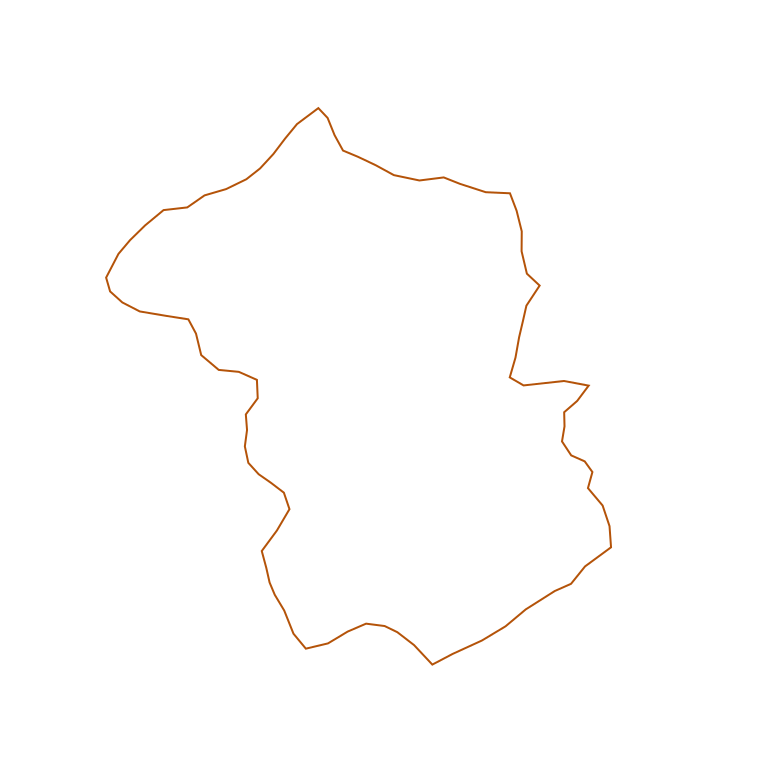 outline of Pingo d'Água, Minas Gerais, Brazil, rotated 59°
{"feature_id": "56859067B13072007558116", "entity_name": "Pingo d'Água", "entity_type": "district", "adm_level": 2, "iso_a3": "BRA", "parent_name": "Brazil", "parent_adm1": "Minas Gerais", "projection": "equal_earth", "projection_center": [-42.425, -19.742], "detail": "fine", "context": "isolated", "style": "outline", "palette": "amber", "viewbox_px": 768, "rotation_deg": 59, "n_neighbors": 0, "source": "geoboundaries", "source_scale": "gbopen_adm2", "svg_char_len": 1257}
<svg xmlns="http://www.w3.org/2000/svg" viewBox="0 0 768 768"><g transform="rotate(59 384 384)"><path d="M113.7,298.2L116.4,324.7L122.7,342.4L129.9,360.4L135.4,379.2L137.6,396.5L135.6,419.0L129.9,440.7L131.3,461.7L121.4,483.4L125.0,507.0L129.9,527.6L135.7,544.6L149.7,567.4L163.6,571.1L179.3,566.3L196.0,556.0L213.6,535.4L227.8,518.4L244.0,519.2L265.1,525.8L286.8,518.4L298.8,502.2L315.0,490.8L331.2,499.6L338.9,518.1L352.9,525.1L365.8,535.4L381.7,540.9L396.8,537.9L410.7,531.7L425.6,525.8L442.6,529.5L454.4,551.2L464.2,574.8L481.0,579.6L495.2,584.3L508.4,586.2L526.8,586.2L551.4,590.2L570.6,587.3L577.5,565.6L577.5,542.7L580.2,522.8L591.8,508.1L603.6,500.4L623.3,492.7L649.4,487.1L650.7,464.3L654.3,432.3L654.3,404.6L650.2,378.5L649.4,344.2L651.6,326.6L643.9,305.6L640.9,273.5L622.0,263.9L600.8,259.2L578.3,262.8L566.8,250.7L553.7,251.8L541.6,260.3L524.9,261.0L513.3,251.1L501.0,244.1L498.0,227.1L490.8,209.4L474.1,228.2L457.1,265.1L443.1,272.8L429.1,257.7L413.5,244.1L401.7,232.6L390.2,221.6L379.8,199.9L363.0,204.7L341.1,197.7L324.1,187.3L303.8,181.1L285.4,177.8L272.0,198.0L251.7,215.7L237.7,226.4L227.8,248.8L210.0,268.0L192.4,278.3L175.7,289.4L162.8,298.9L145.2,298.2L126.9,295.3L113.7,298.2Z" fill="none" stroke="#b45309" stroke-width="2"/></g></svg>